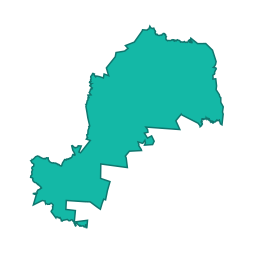 Temósachic, Chihuahua, Mexico (Robinson projection), rotated 186°
{"feature_id": "50627088B70211463313173", "entity_name": "Temósachic", "entity_type": "district", "adm_level": 2, "iso_a3": "MEX", "parent_name": "Mexico", "parent_adm1": "Chihuahua", "projection": "robinson", "projection_center": [-108.063, 28.777], "detail": "fine", "context": "isolated", "style": "filled", "palette": "teal", "viewbox_px": 256, "rotation_deg": 186, "n_neighbors": 0, "source": "geoboundaries", "source_scale": "gbopen_adm2", "svg_char_len": 5759}
<svg xmlns="http://www.w3.org/2000/svg" viewBox="0 0 256 256"><g transform="rotate(186 128 128)"><path d="M157.9,24.7L158.5,24.7L158.6,32.0L171.6,28.9L171.7,40.4L181.3,40.5L181.8,49.5L163.4,50.2L157.9,50.6L150.2,46.0L147.0,44.3L145.9,50.3L144.8,54.7L142.8,54.2L141.9,63.7L140.3,72.8L150.0,75.0L151.3,89.4L124.5,88.6L126.7,98.1L127.7,99.8L124.2,105.1L112.2,107.0L112.6,108.0L115.5,111.6L115.4,112.4L116.5,115.2L112.2,114.3L111.5,114.6L109.9,117.5L109.1,115.0L109.8,112.7L101.8,114.1L100.6,117.6L103.7,122.6L107.6,120.0L111.2,124.6L107.7,125.9L108.4,128.6L110.4,130.8L76.3,131.9L81.2,140.2L76.6,147.2L76.5,146.9L58.8,140.1L56.7,137.9L56.4,136.8L55.1,138.1L55.0,139.0L54.5,139.6L54.7,140.0L54.6,140.6L55.4,141.0L55.9,141.6L55.4,141.9L55.0,142.4L55.5,143.0L55.3,144.9L54.5,145.0L54.1,144.3L53.7,144.3L53.4,144.9L52.5,144.9L52.2,145.4L51.7,145.2L51.3,145.8L51.3,146.2L50.5,145.0L50.4,145.4L49.9,145.4L49.7,145.8L49.5,145.3L49.2,145.4L48.9,145.0L48.8,145.7L48.3,145.7L48.4,144.8L48.2,145.1L47.9,144.4L47.6,143.8L47.3,143.8L46.9,144.0L46.7,143.3L46.5,143.6L45.7,143.6L45.7,142.7L45.3,143.0L44.8,142.3L44.2,142.1L44.0,141.8L43.5,142.1L43.4,142.9L43.6,143.2L43.3,143.1L43.2,142.8L41.9,143.2L41.4,143.7L41.4,144.1L40.9,144.3L40.4,145.3L39.3,144.6L38.7,144.9L38.0,145.5L36.5,141.9L34.9,141.0L34.8,151.8L35.7,153.7L35.5,159.0L38.4,163.2L38.9,167.9L40.0,168.7L40.7,170.7L44.4,175.3L44.3,179.1L45.9,186.1L47.8,185.7L48.7,185.6L48.7,187.4L49.2,188.8L48.5,190.2L48.1,190.2L47.6,190.7L47.5,191.4L47.7,192.1L47.7,193.2L47.3,193.7L47.0,194.9L46.4,196.0L46.9,196.9L49.4,197.2L48.5,198.3L47.6,200.4L47.3,203.2L52.1,214.2L59.5,220.1L67.6,219.2L74.9,223.9L75.0,222.9L74.8,222.6L75.0,222.4L74.4,221.1L73.7,220.8L73.2,220.1L73.4,219.5L75.5,219.7L75.5,220.3L76.0,221.4L75.9,221.7L76.2,222.0L77.1,220.9L77.0,220.5L77.5,219.8L78.1,219.3L78.9,219.5L80.0,219.1L81.0,219.9L82.2,219.0L83.5,219.3L84.7,218.9L85.2,219.8L86.0,220.4L86.7,220.4L88.0,220.9L88.3,220.5L88.8,220.5L89.1,219.8L89.5,219.9L89.8,219.8L90.3,220.2L90.7,219.3L91.3,219.4L91.5,219.9L91.8,220.0L91.8,220.5L92.6,220.5L92.9,220.2L93.5,220.3L93.9,219.8L94.8,219.4L97.3,219.2L97.9,218.9L98.5,219.4L99.0,219.5L99.7,220.6L99.6,221.7L99.9,222.2L99.7,222.5L99.9,222.5L99.8,223.2L100.3,224.2L100.3,224.6L100.6,224.9L100.9,224.6L101.6,225.7L102.8,225.7L103.2,225.1L103.9,224.6L104.0,224.1L104.3,223.8L105.5,223.8L106.7,223.2L108.3,223.5L108.8,224.2L109.4,223.9L109.6,224.3L109.9,224.4L110.2,224.2L110.3,224.6L111.0,225.3L111.1,225.9L110.7,226.5L110.8,227.0L111.1,227.2L111.3,227.7L111.8,228.1L112.8,230.0L114.3,229.4L114.5,229.2L114.3,229.6L115.7,229.9L116.9,231.5L117.2,230.1L117.4,229.6L117.7,228.5L118.9,228.0L119.3,227.3L123.8,227.2L124.1,225.9L130.7,214.1L139.2,209.7L136.3,207.2L139.4,204.1L147.8,201.8L148.1,197.5L155.8,185.5L152.7,178.0L157.4,179.2L157.7,175.2L161.9,176.1L164.6,176.4L165.3,175.7L165.4,176.1L166.0,176.0L166.2,176.4L166.5,176.4L166.7,176.9L166.9,176.9L167.3,177.6L167.2,178.1L167.7,178.0L168.0,178.5L168.7,178.6L169.3,177.5L169.3,176.9L170.4,175.4L170.3,175.2L170.4,174.6L170.1,174.1L169.9,172.8L170.3,171.8L169.7,170.3L170.4,169.9L170.9,169.9L171.0,169.2L170.3,168.9L169.8,168.1L169.0,168.2L169.5,167.8L169.3,167.3L169.4,166.9L169.9,166.8L170.4,166.3L170.0,165.7L169.4,165.7L168.7,164.4L167.8,164.1L168.2,163.4L168.0,163.2L168.6,162.8L169.0,163.0L169.2,162.8L169.1,162.6L169.2,162.1L169.4,162.1L169.4,161.8L169.8,160.2L170.3,159.2L168.3,157.1L171.3,156.5L170.1,154.2L170.9,154.1L170.8,151.6L171.4,150.9L171.8,147.1L172.2,147.0L171.9,146.7L172.1,145.1L170.2,138.4L169.0,133.9L166.3,126.1L166.6,126.0L166.7,125.4L167.1,125.4L167.2,125.2L166.7,124.4L167.5,121.6L167.3,117.7L168.3,116.9L167.7,115.1L167.7,114.5L167.2,114.2L168.3,112.6L164.2,111.7L172.6,98.4L174.3,99.0L172.6,105.2L175.7,105.1L176.0,104.0L177.2,103.2L177.8,103.2L178.1,102.8L179.5,103.0L180.1,103.8L181.6,104.7L182.1,104.4L180.6,100.2L178.8,97.8L177.6,95.0L177.9,95.4L179.0,95.6L179.2,96.0L179.5,95.7L180.1,95.8L180.8,93.2L181.6,92.3L182.4,92.2L182.7,91.9L182.4,91.8L182.7,91.5L183.0,91.6L184.0,91.2L184.0,90.8L185.0,90.8L185.1,90.5L186.0,90.6L186.2,89.7L187.7,90.0L189.5,86.3L190.1,83.4L190.5,83.2L192.3,83.7L192.4,84.1L193.0,84.5L193.6,84.6L193.9,84.3L194.9,85.1L195.9,85.2L196.1,85.5L198.2,85.4L198.6,85.6L199.3,85.3L201.1,85.6L202.8,86.6L203.1,87.3L204.0,88.3L204.2,89.9L206.2,89.8L206.6,89.1L207.2,88.6L208.1,89.0L209.0,88.6L211.1,89.3L212.1,89.8L213.0,89.9L213.4,90.4L215.1,90.7L216.9,89.7L219.1,86.8L219.6,86.6L220.0,86.7L220.0,86.4L221.2,85.3L220.8,85.1L220.6,84.5L219.8,83.3L218.1,82.5L217.8,82.0L217.8,80.2L218.1,79.8L219.0,79.5L219.5,78.2L219.3,77.5L218.5,76.6L219.2,74.2L218.6,71.9L219.0,71.0L219.6,70.2L219.7,68.7L217.7,68.3L217.3,67.8L217.4,66.7L217.1,66.0L216.5,65.0L215.0,64.1L213.6,63.9L211.9,62.4L211.6,62.7L211.2,62.5L210.6,61.7L209.6,61.2L209.3,60.8L208.4,60.2L207.7,59.3L207.9,59.0L208.7,58.9L209.2,57.9L211.0,57.0L211.9,55.2L211.5,53.8L211.7,53.5L212.4,53.4L212.8,53.6L215.8,52.8L212.2,52.0L214.1,41.6L205.7,46.9L202.8,46.7L202.7,45.8L202.0,44.1L201.8,44.5L201.6,44.4L200.1,43.7L197.9,44.0L197.4,44.9L196.2,45.2L194.6,43.9L194.3,43.3L194.5,42.5L194.9,42.2L194.5,41.4L194.7,40.6L194.4,39.4L195.5,37.8L195.7,36.8L190.3,31.0L190.1,31.9L189.1,32.2L188.2,31.8L188.0,31.4L186.2,31.8L186.1,31.5L186.3,31.1L184.8,30.1L184.6,29.3L184.7,28.8L183.8,28.5L182.9,29.4L178.8,30.7L177.1,29.6L176.0,29.7L175.6,30.2L174.3,30.9L173.4,30.4L173.0,29.6L172.5,29.5L171.9,29.0L171.8,28.0L170.5,26.2L170.4,25.5L169.9,25.1L169.5,25.5L169.9,26.1L169.8,27.5L169.5,27.7L169.2,28.4L168.9,28.5L168.8,27.7L167.0,26.3L166.6,26.3L165.8,25.4L165.1,25.5L165.6,26.5L164.5,25.5L162.4,26.0L162.0,25.9L161.3,25.0L160.5,25.1L160.2,25.5L160.0,26.5L160.1,27.9L159.5,26.5L159.4,25.1L159.1,24.5L157.9,24.7Z" fill="#14b8a6" stroke="#0f766e" stroke-width="1.5"/></g></svg>